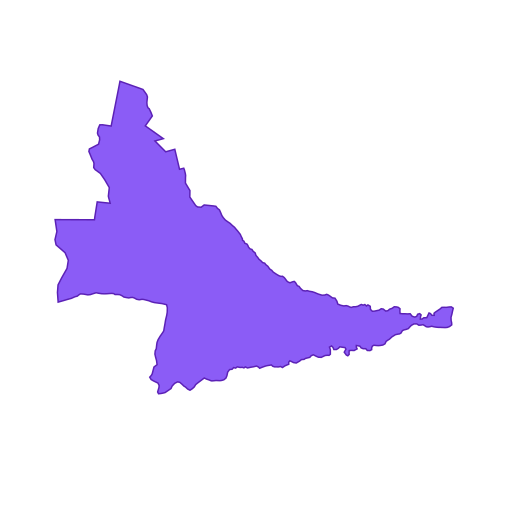 Kajiado North, Rift Valley, Kenya, rotated 9°
{"feature_id": "3690345B68273600363858", "entity_name": "Kajiado North", "entity_type": "district", "adm_level": 2, "iso_a3": "KEN", "parent_name": "Kenya", "parent_adm1": "Rift Valley", "projection": "orthographic", "projection_center": [36.729, -1.37], "detail": "fine", "context": "isolated", "style": "filled", "palette": "violet", "viewbox_px": 512, "rotation_deg": 9, "n_neighbors": 0, "source": "geoboundaries", "source_scale": "gbopen_adm2", "svg_char_len": 5315}
<svg xmlns="http://www.w3.org/2000/svg" viewBox="0 0 512 512"><g transform="rotate(9 256 256)"><path d="M458.7,280.2L459.0,276.7L456.9,275.7L454.9,276.1L452.2,276.9L449.5,277.3L447.5,277.7L446.4,279.2L441.9,283.4L440.8,284.7L441.3,286.7L439.0,287.1L437.4,285.6L435.8,285.2L434.3,290.2L431.3,290.8L429.9,292.3L428.2,292.6L428.0,290.2L428.3,288.4L426.7,287.3L424.8,288.2L424.1,290.5L422.4,291.5L419.7,291.1L417.3,288.9L414.8,289.5L412.6,289.7L410.0,290.1L407.3,290.3L406.7,287.8L406.5,285.6L404.7,284.5L403.0,284.3L400.5,284.5L398.6,286.4L396.3,287.6L394.8,289.4L392.7,290.1L390.0,288.5L387.9,288.5L386.1,290.2L384.0,291.0L381.7,291.9L379.6,292.4L377.4,290.8L376.7,287.8L374.2,286.8L372.9,288.1L371.1,286.9L369.5,287.8L367.6,287.4L366.3,288.3L364.5,289.7L362.4,290.5L360.1,290.9L358.1,291.9L356.3,291.6L354.8,291.1L352.9,290.9L350.5,291.6L347.4,291.4L344.3,290.7L343.0,288.0L340.6,285.3L338.0,285.4L335.5,284.1L333.5,283.2L331.8,282.8L330.0,283.8L327.4,284.4L325.5,284.1L323.8,283.9L322.0,283.5L319.7,282.9L317.1,282.5L314.4,282.5L312.1,282.2L310.3,282.8L307.7,282.8L305.0,281.0L303.3,279.3L301.5,278.9L299.1,276.0L297.7,275.1L295.9,275.9L293.8,277.1L292.1,276.8L290.5,276.0L288.5,274.0L287.3,272.9L285.4,271.9L283.8,272.2L282.2,272.0L280.2,271.3L278.1,270.4L275.5,269.2L273.8,267.7L271.6,266.7L269.3,264.3L267.0,263.0L265.7,261.7L263.6,261.5L261.5,259.9L259.4,258.7L257.9,257.1L255.9,255.5L254.7,253.1L252.3,251.7L251.0,250.2L249.0,249.9L247.2,248.4L246.4,247.0L245.3,245.7L242.9,245.1L241.8,243.3L240.3,242.6L239.8,241.0L238.3,239.0L237.1,237.1L235.8,235.9L234.1,234.3L232.3,232.8L230.3,231.0L227.9,229.6L225.3,227.8L222.7,226.6L220.1,225.3L217.6,223.2L215.9,221.3L214.2,218.5L212.7,216.2L210.5,215.0L208.6,213.2L206.2,213.2L196.8,213.7L194.2,216.4L190.6,216.7L188.6,215.7L181.4,208.1L181.1,205.9L180.5,201.7L174.9,195.0L174.1,189.6L173.9,187.5L173.4,185.9L171.8,182.1L170.9,180.6L166.9,182.3L160.0,165.5L159.1,163.3L150.5,167.2L138.2,158.2L146.1,154.6L126.3,144.8L131.7,133.9L129.8,130.6L127.5,127.3L126.1,126.5L124.9,124.4L124.2,121.5L123.9,115.9L122.8,113.8L120.4,111.3L118.3,109.2L94.3,104.7L94.2,108.4L92.6,150.3L83.9,150.4L81.2,150.9L80.2,154.8L80.2,159.4L81.1,161.3L82.8,162.9L83.4,165.7L83.0,170.2L81.0,171.7L77.1,174.6L74.7,176.3L74.6,178.9L76.1,181.3L78.9,186.0L80.8,188.3L81.5,190.0L81.7,191.9L81.9,194.1L83.7,195.9L89.4,198.8L94.7,204.4L100.4,211.4L100.8,220.0L101.5,221.8L102.4,223.7L103.7,226.7L90.7,227.4L90.7,242.6L90.8,245.5L72.6,248.3L51.9,251.5L54.6,260.1L55.5,263.0L54.9,271.3L56.8,276.3L66.9,282.6L71.3,289.6L71.3,297.8L67.5,307.9L65.0,315.5L65.6,323.1L67.8,332.5L73.4,329.9L76.1,328.6L80.3,326.7L83.5,324.6L85.8,323.6L87.0,322.2L88.5,320.9L91.5,320.6L95.9,320.7L98.3,320.1L101.4,318.5L103.9,317.3L105.9,317.4L109.3,317.4L112.0,317.1L114.6,316.6L117.1,316.0L119.4,315.5L121.3,315.4L122.8,316.1L125.1,315.7L127.6,315.5L130.1,316.3L131.9,317.2L134.3,317.3L136.9,317.3L138.8,316.6L140.6,316.2L142.4,316.5L144.8,317.4L147.5,317.5L150.2,316.6L152.0,316.5L157.4,317.0L159.9,317.6L162.9,317.9L170.8,317.7L175.3,318.1L176.5,320.9L177.1,325.4L177.1,328.4L176.7,333.4L176.7,336.9L176.6,341.3L176.6,344.3L176.0,345.9L173.9,350.2L172.4,353.9L171.8,356.8L171.8,359.1L171.9,361.1L172.0,363.2L171.3,365.4L171.5,368.7L172.6,371.5L174.1,374.8L175.3,378.8L172.6,381.6L171.9,388.7L171.3,390.3L170.0,392.3L171.7,394.4L174.0,395.3L176.2,396.0L179.0,396.8L180.6,399.1L180.7,401.1L180.1,405.7L181.3,407.3L183.6,406.7L186.0,405.8L187.6,405.1L192.8,400.2L193.5,397.6L195.6,394.5L198.2,392.6L200.5,392.7L202.8,394.1L205.2,395.8L206.8,396.4L209.3,398.1L211.8,398.9L213.9,397.0L215.5,395.0L216.5,392.5L218.0,390.8L224.0,384.6L226.3,385.3L229.3,385.8L231.3,386.3L233.1,386.0L236.1,385.2L239.8,384.8L241.5,384.3L243.6,383.3L245.4,381.3L246.0,378.8L246.2,375.1L247.7,372.3L250.1,371.6L251.4,369.7L253.4,369.9L254.9,368.4L257.6,368.6L259.9,368.1L261.6,368.4L262.8,367.2L265.1,367.9L268.2,366.7L270.9,365.8L273.8,364.6L275.8,365.3L277.2,366.3L279.3,365.0L282.6,363.2L284.6,362.4L286.5,361.8L288.2,361.2L289.8,362.3L291.7,362.6L295.6,362.0L297.6,361.3L299.6,362.0L301.6,360.1L303.6,358.8L305.3,357.8L304.9,355.8L305.8,354.2L307.9,354.8L309.7,355.4L312.5,355.4L315.5,353.0L317.1,351.2L319.6,350.6L320.9,349.4L322.8,348.6L325.0,347.7L326.1,345.9L328.0,344.6L330.8,345.5L333.4,346.2L336.3,345.9L339.8,343.5L341.9,342.9L343.7,342.7L344.8,341.4L344.1,336.9L342.8,334.5L344.7,333.0L346.4,334.3L347.5,336.2L350.0,335.8L351.8,334.3L353.0,332.6L354.7,332.6L356.3,332.6L358.2,332.5L359.4,333.9L358.2,337.2L360.7,339.7L362.3,340.2L363.4,338.6L363.0,336.7L362.9,334.8L365.0,334.3L367.7,334.0L370.4,331.9L369.3,330.3L369.1,328.7L372.7,328.8L374.2,330.3L376.3,330.8L378.9,330.4L380.7,331.9L383.4,331.6L384.9,330.4L384.6,328.5L385.1,326.7L386.4,325.7L388.6,325.6L390.8,325.4L392.5,325.0L395.2,324.1L397.1,322.6L397.9,319.9L399.3,318.6L400.8,317.3L402.9,314.6L404.3,313.4L406.0,311.9L408.3,311.0L409.9,310.5L411.2,309.5L412.3,306.8L413.8,305.8L415.6,305.1L417.8,303.9L419.2,301.7L420.3,300.2L422.6,298.4L425.3,297.9L427.7,298.9L429.8,298.4L431.7,297.7L433.2,298.3L435.2,299.2L437.0,299.2L438.9,298.6L440.5,297.9L442.9,298.1L444.6,298.1L446.9,298.0L448.9,297.7L451.6,297.4L454.1,297.1L456.1,296.6L458.2,295.4L460.1,293.4L459.7,291.4L458.8,289.1L458.2,286.1L458.6,282.6L458.7,280.2Z" fill="#8b5cf6" stroke="#5b21b6" stroke-width="1.5"/></g></svg>